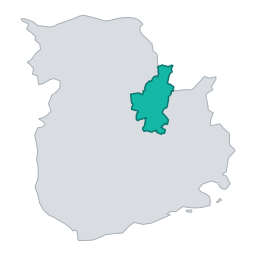 where Kâmpóng Cham sits in Cambodia, rotated 270°
{"feature_id": "KHM-1784", "entity_name": "Kâmpóng Cham", "entity_type": "Province", "adm_level": 1, "iso_a3": "KHM", "parent_name": "Cambodia", "parent_adm1": "", "projection": "natural_earth1", "projection_center": [105.558, 12.075], "detail": "fine", "context": "in_parent", "style": "filled", "palette": "teal", "viewbox_px": 256, "rotation_deg": 270, "n_neighbors": 0, "source": "natural_earth", "source_scale": "10m", "svg_char_len": 6301}
<svg xmlns="http://www.w3.org/2000/svg" viewBox="0 0 256 256"><g transform="rotate(270 128 128)"><path d="M236.8,21.0L237.5,23.8L235.7,29.0L233.8,33.7L230.3,37.8L230.1,40.8L228.9,49.9L229.4,52.7L230.2,55.2L231.4,56.5L234.5,65.4L237.3,73.4L240.1,80.0L240.6,84.2L238.1,94.8L235.1,104.5L235.4,109.4L236.7,114.2L238.1,120.7L238.6,128.9L237.9,134.3L236.5,137.7L234.0,141.1L231.7,142.9L229.0,140.0L226.9,139.8L224.0,140.7L221.7,142.0L217.1,147.1L212.0,152.0L204.9,153.2L202.1,156.9L199.2,157.4L193.6,157.6L189.9,158.4L190.1,160.2L189.8,168.9L189.9,170.9L189.3,171.4L186.8,171.7L182.5,170.4L176.6,168.2L172.5,167.9L170.4,171.7L169.1,173.1L167.5,173.4L165.9,174.0L165.4,175.7L165.2,177.8L166.0,181.4L166.3,187.1L166.1,191.0L167.6,193.5L176.5,201.7L179.1,203.8L179.4,205.0L177.9,209.5L179.3,215.9L176.5,215.8L171.8,213.0L169.6,211.4L166.9,212.7L166.0,212.5L164.2,209.3L161.8,206.2L159.3,206.0L154.2,207.2L148.9,208.1L146.9,208.1L146.0,208.6L143.0,213.4L141.7,212.6L136.3,210.8L131.5,210.1L130.5,211.3L131.1,215.2L132.1,218.9L131.5,220.5L128.8,222.5L125.3,226.1L123.1,228.8L121.6,229.5L116.2,229.4L110.9,229.8L108.7,232.4L106.7,234.4L105.0,235.0L98.0,228.5L84.1,226.2L82.6,223.4L81.2,222.8L79.9,226.5L72.3,230.1L69.1,228.0L66.7,225.4L67.1,222.2L69.3,219.6L73.1,217.7L74.9,211.1L72.0,202.7L69.5,200.3L66.8,198.4L64.0,201.5L61.6,206.8L59.1,209.6L55.7,210.2L50.6,210.0L48.6,202.0L48.0,195.1L48.7,187.3L49.4,182.7L44.6,176.3L44.3,170.3L41.9,167.1L41.2,168.7L41.3,170.5L40.6,169.2L32.9,151.4L31.6,143.1L33.0,136.7L33.8,134.6L31.6,131.3L28.4,127.5L22.9,122.5L22.5,114.6L21.3,105.3L19.7,102.1L17.1,96.4L15.8,91.7L15.4,79.1L16.1,78.1L20.0,77.7L25.0,76.8L25.8,74.8L25.0,73.1L28.2,70.3L32.8,64.1L36.4,57.5L39.0,53.4L40.6,49.4L45.8,43.6L53.0,39.6L57.8,38.7L62.9,37.3L67.7,35.4L70.0,35.2L76.1,37.5L79.3,38.1L82.7,38.1L86.3,38.3L89.4,38.1L96.7,36.5L104.6,37.7L111.6,36.7L120.2,34.8L124.5,36.0L128.3,37.9L128.9,41.7L129.8,43.5L131.0,44.8L132.8,44.8L135.0,42.2L136.8,39.4L137.4,38.9L137.5,40.3L138.4,43.2L140.1,46.2L141.7,48.1L144.5,50.7L146.3,50.8L152.2,48.4L161.1,51.9L162.1,53.7L165.0,57.3L168.1,59.9L175.0,60.1L177.5,53.7L176.3,49.8L172.4,43.1L171.3,39.1L172.5,38.4L179.2,37.6L180.3,36.8L181.8,32.4L183.6,32.9L187.3,33.5L191.2,30.5L193.5,27.3L194.8,28.8L196.2,31.0L197.7,32.3L200.5,34.2L203.6,36.8L205.5,39.5L207.1,40.5L211.1,39.8L212.1,39.9L214.4,36.7L216.0,34.9L217.4,35.4L219.4,35.4L223.5,31.3L225.9,27.6L227.2,26.6L230.9,28.5L232.4,28.1L234.5,23.0L236.8,21.0ZM46.0,191.5L45.2,191.9L44.5,191.9L43.8,191.2L43.9,188.3L44.4,186.6L45.7,186.2L46.0,191.5ZM57.6,219.7L56.0,221.6L53.5,217.6L53.6,216.5L57.6,219.7Z" fill="#d9dde1" stroke="#a8b0b8" stroke-width="1"/><path d="M190.8,171.9L190.4,172.7L189.9,172.7L189.3,172.4L188.4,171.6L187.8,171.4L187.4,171.3L186.9,171.3L184.5,172.1L184.0,171.9L183.6,171.6L183.0,170.5L182.6,170.1L181.8,169.5L178.9,168.5L177.1,168.4L174.9,167.7L172.9,167.3L171.9,168.5L171.9,169.2L171.8,169.8L171.5,170.5L170.3,171.9L169.9,172.9L169.4,173.6L168.2,173.6L166.2,172.7L165.5,172.9L164.6,173.7L165.1,172.3L165.1,171.5L165.0,171.2L164.8,171.0L163.3,171.3L163.2,171.3L162.7,171.2L162.3,171.1L162.0,170.9L161.6,170.7L160.6,169.8L159.4,168.5L156.3,168.5L151.0,167.4L149.5,167.2L149.2,167.1L148.7,166.9L148.4,166.7L148.2,166.4L148.1,166.2L147.6,164.8L146.9,163.7L144.4,162.6L143.6,162.4L143.1,162.5L142.8,162.7L142.4,162.9L141.6,163.7L141.2,164.1L139.5,165.8L136.1,168.4L132.7,167.7L131.8,167.2L131.8,166.9L131.7,166.1L131.7,165.9L131.8,165.7L132.0,165.4L132.5,165.3L132.7,165.2L132.8,165.0L132.7,164.7L132.4,164.4L130.8,163.5L129.5,161.4L128.7,161.2L128.5,162.2L128.3,162.4L128.1,162.3L128.0,162.2L127.7,162.3L127.5,162.5L127.4,162.7L126.7,164.6L126.5,164.9L126.4,165.0L126.2,164.9L125.8,165.0L125.4,165.2L125.2,165.3L124.8,165.0L124.0,164.8L123.8,164.7L123.6,164.4L123.4,164.4L123.3,164.5L123.2,164.6L122.8,164.5L122.8,164.2L122.8,163.8L122.7,162.9L121.8,161.2L123.2,157.7L123.5,157.1L123.7,156.9L123.9,156.7L124.1,156.6L124.3,156.5L124.5,156.5L125.5,156.7L125.8,156.5L125.8,156.4L125.5,156.1L125.2,156.0L125.1,155.9L125.0,155.7L125.0,153.7L124.9,153.4L124.9,153.2L124.3,152.4L123.9,152.0L123.9,151.8L123.9,151.5L124.3,150.5L124.6,149.0L125.3,147.1L125.3,146.9L125.3,146.2L124.7,144.1L125.8,143.2L126.3,142.9L126.6,142.8L128.2,142.9L128.5,143.0L129.6,144.2L130.9,144.7L133.7,145.0L133.8,145.0L134.3,145.5L134.5,145.6L134.9,145.6L135.1,145.5L135.5,145.4L136.6,145.2L137.7,146.2L138.0,146.3L138.2,146.1L138.3,145.9L138.2,145.4L138.1,145.1L136.7,141.3L136.6,140.3L136.6,140.0L136.5,139.8L135.5,138.0L135.4,137.6L135.4,137.4L135.5,137.3L136.1,137.0L136.7,136.4L136.9,136.3L137.0,136.3L137.7,136.4L138.1,136.4L138.4,136.3L138.7,136.2L139.1,136.3L139.3,136.3L139.6,136.4L140.9,136.3L141.0,136.4L141.3,136.5L141.7,136.8L141.8,136.9L142.1,137.0L142.7,137.0L142.9,137.1L143.0,137.1L143.2,137.3L143.3,137.4L143.4,137.6L143.6,137.9L143.6,138.0L143.8,138.2L144.0,138.3L144.4,138.3L144.7,138.1L144.9,138.0L145.2,137.3L146.6,131.7L148.1,131.6L148.6,131.7L149.1,131.9L149.4,132.1L149.5,132.1L150.0,132.5L150.6,132.9L151.0,133.0L151.6,132.9L151.9,132.8L152.1,132.6L152.7,132.0L153.3,131.6L153.5,131.6L161.6,130.6L162.1,132.4L162.7,136.3L162.9,138.8L162.8,139.1L162.7,139.6L162.3,140.3L162.0,140.6L161.8,140.7L161.7,141.0L161.6,142.7L162.0,142.6L164.1,143.1L164.9,143.2L165.0,143.2L165.2,143.4L165.6,145.4L166.8,145.1L167.0,145.1L167.3,144.8L167.4,144.7L167.6,144.7L167.8,144.7L168.0,144.7L168.4,144.8L169.7,145.4L171.1,145.7L171.7,146.0L172.8,147.0L173.0,147.1L173.1,147.3L173.3,148.2L173.8,148.4L174.0,148.4L174.4,148.5L174.6,148.7L174.9,149.3L175.0,149.6L175.1,149.9L175.1,150.2L175.0,150.3L175.0,150.5L174.8,150.8L174.7,150.9L174.6,151.0L174.7,151.3L174.9,151.5L175.3,151.7L176.1,152.1L176.8,152.2L177.2,152.4L177.9,153.0L178.4,153.3L178.7,153.5L178.8,153.6L179.0,153.8L179.3,154.3L180.0,155.8L180.0,156.0L179.9,156.2L179.8,156.4L179.6,156.7L179.5,156.8L179.4,156.9L179.3,157.0L179.2,157.1L179.2,157.3L179.1,157.5L179.2,157.9L179.7,158.1L181.7,158.1L181.9,158.4L182.0,158.6L182.3,158.7L182.5,158.7L182.8,158.7L184.0,158.1L184.5,158.1L185.5,158.4L185.9,158.4L188.8,157.6L189.1,157.6L189.5,158.7L190.7,161.4L191.0,162.6L190.9,162.8L190.2,163.9L190.2,164.3L190.2,165.2L190.1,165.6L189.8,166.4L189.5,167.0L189.2,167.7L189.3,168.5L190.4,170.8L190.8,171.9Z" fill="#14b8a6" stroke="#0f766e" stroke-width="1.5"/></g></svg>